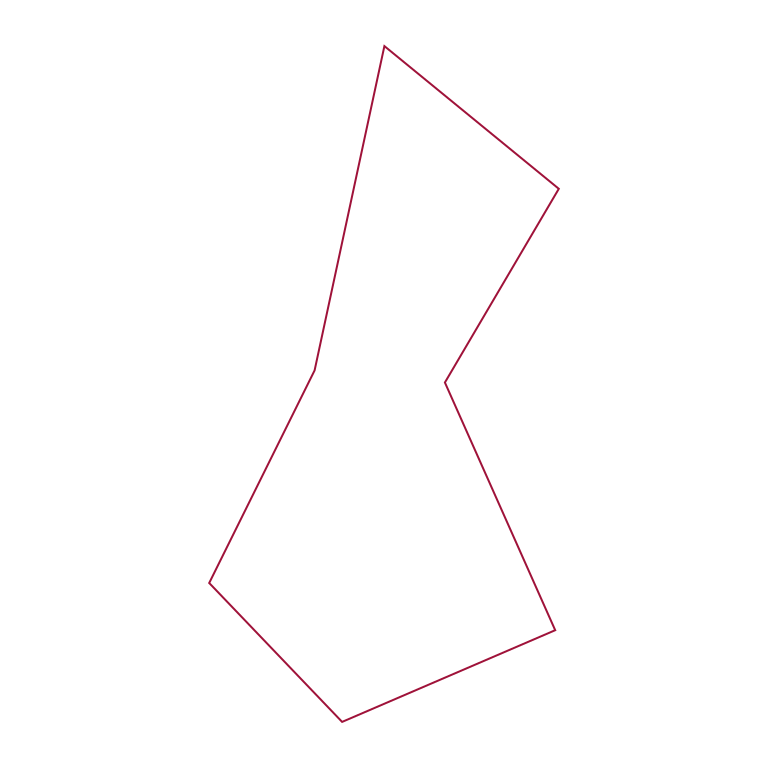 Covington, Virginia, United States of America (Albers equal-area conic projection)
{"feature_id": "52423323B91815007109121", "entity_name": "Covington", "entity_type": "district", "adm_level": 2, "iso_a3": "USA", "parent_name": "United States of America", "parent_adm1": "Virginia", "projection": "albers", "projection_center": [-79.988, 37.781], "detail": "fine", "context": "isolated", "style": "outline", "palette": "rose", "viewbox_px": 768, "rotation_deg": 0, "n_neighbors": 0, "source": "geoboundaries", "source_scale": "gbopen_adm2", "svg_char_len": 222}
<svg xmlns="http://www.w3.org/2000/svg" viewBox="0 0 768 768"><path d="M209.2,583.0L342.1,721.9L555.2,630.2L444.9,382.5L558.8,188.8L384.4,46.1L314.6,370.4L209.2,583.0Z" fill="none" stroke="#9f1239" stroke-width="2"/></svg>